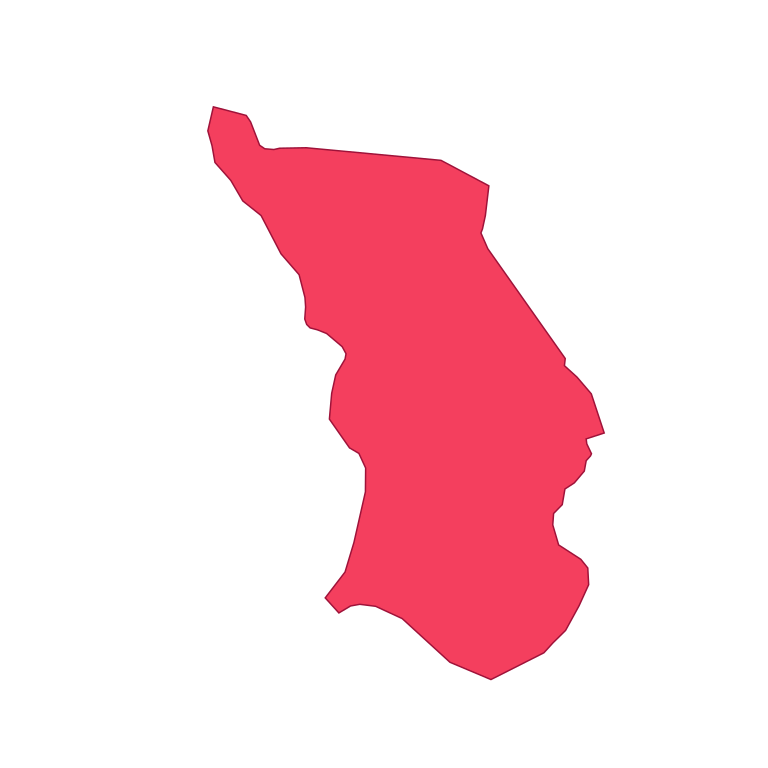 outline of Slovenska Bistrica, rotated 24°
{"feature_id": "SVN-221", "entity_name": "Slovenska Bistrica", "entity_type": "Municipality", "adm_level": 1, "iso_a3": "SVN", "parent_name": "Slovenia", "parent_adm1": "", "projection": "albers", "projection_center": [15.549, 46.386], "detail": "fine", "context": "isolated", "style": "filled", "palette": "rose", "viewbox_px": 768, "rotation_deg": 24, "n_neighbors": 0, "source": "natural_earth", "source_scale": "10m", "svg_char_len": 1058}
<svg xmlns="http://www.w3.org/2000/svg" viewBox="0 0 768 768"><g transform="rotate(24 384 384)"><path d="M417.3,603.3L424.9,571.6L421.0,541.0L410.9,490.1L401.4,468.2L389.3,457.6L378.5,456.4L348.4,438.3L340.0,413.8L336.2,395.3L338.3,377.1L337.0,371.8L330.6,366.9L311.0,361.2L301.0,361.6L293.7,362.8L289.2,361.1L285.2,356.9L281.1,345.6L276.6,337.1L262.0,318.7L237.0,307.0L203.2,280.1L180.5,274.2L161.2,260.3L139.5,250.4L130.0,236.3L120.1,224.4L115.4,200.2L148.9,194.7L155.5,198.8L173.3,216.5L179.4,217.6L188.0,214.6L192.7,211.1L216.9,199.8L345.1,156.5L399.2,160.3L408.1,188.9L410.9,202.3L411.1,206.6L423.8,218.2L539.2,287.0L541.4,293.9L557.5,299.2L577.4,308.7L605.1,339.2L591.0,351.9L593.6,356.2L601.9,363.3L601.9,365.7L599.9,371.8L602.4,382.1L598.1,396.9L592.0,406.3L595.9,421.7L591.6,433.3L595.5,444.1L609.0,460.0L635.1,464.1L645.0,469.2L652.6,484.1L652.4,507.2L650.1,535.3L643.7,551.6L639.4,564.5L601.9,610.5L557.5,611.4L496.0,590.9L466.7,590.5L451.5,595.1L443.7,600.4L435.9,611.5L417.3,603.3Z" fill="#f43f5e" stroke="#9f1239" stroke-width="1.5"/></g></svg>